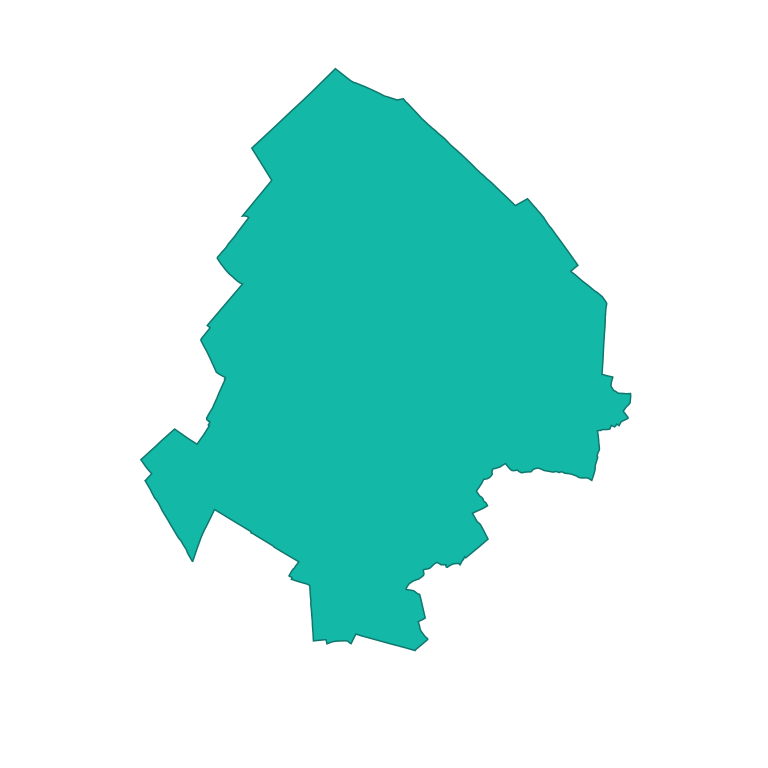 Dumbraveni, Vrancea, Romania (Mercator projection), rotated 209°
{"feature_id": "2599482B91925351810822", "entity_name": "Dumbraveni", "entity_type": "district", "adm_level": 2, "iso_a3": "ROU", "parent_name": "Romania", "parent_adm1": "Vrancea", "projection": "mercator", "projection_center": [27.087, 45.55], "detail": "fine", "context": "isolated", "style": "filled", "palette": "teal", "viewbox_px": 768, "rotation_deg": 209, "n_neighbors": 0, "source": "geoboundaries", "source_scale": "gbopen_adm2", "svg_char_len": 6159}
<svg xmlns="http://www.w3.org/2000/svg" viewBox="0 0 768 768"><g transform="rotate(209 384 384)"><path d="M614.0,526.2L612.6,525.4L597.5,517.0L580.9,507.7L589.3,462.2L587.7,463.3L584.7,464.3L583.0,463.8L583.3,461.6L585.3,448.3L586.1,441.1L587.0,436.4L587.9,432.1L588.1,430.5L588.2,428.1L588.5,425.8L589.7,421.0L590.1,419.2L590.2,417.9L590.9,415.2L591.0,414.3L590.8,413.1L584.6,409.9L581.6,408.7L579.7,407.8L576.2,406.4L572.5,405.2L568.4,404.4L565.6,403.7L561.8,402.9L559.2,402.6L556.2,402.9L567.0,349.5L563.4,348.9L563.6,347.3L565.2,338.1L565.6,335.7L565.7,334.1L565.2,333.3L560.1,329.9L555.2,326.8L553.4,325.6L546.7,320.8L536.3,313.0L534.9,313.0L534.4,312.7L525.8,312.7L525.7,310.6L525.1,310.6L524.9,307.4L524.7,304.8L524.3,299.7L523.8,294.6L523.5,292.1L523.3,291.2L523.1,287.7L522.4,280.2L522.4,278.8L522.5,276.7L522.6,274.7L522.7,271.5L522.6,270.1L522.6,269.3L522.7,268.8L522.5,268.1L522.2,267.5L521.8,266.9L519.7,266.8L519.7,266.4L517.7,266.3L517.8,262.9L516.4,262.8L516.8,258.4L516.9,255.6L517.1,251.6L517.2,251.1L517.3,250.5L517.9,245.2L518.3,240.7L529.0,241.4L545.3,243.1L551.5,225.4L553.3,219.5L556.0,211.6L558.6,203.8L560.0,200.0L552.1,196.1L548.8,194.7L545.3,193.5L543.7,192.9L545.4,186.1L545.8,184.2L546.1,183.7L536.2,177.8L534.9,176.7L529.0,172.9L527.8,172.6L526.4,172.0L522.8,170.0L519.1,167.5L516.6,165.7L507.1,160.3L502.7,157.6L490.3,150.4L488.3,149.4L486.0,148.6L480.5,145.4L477.3,143.7L475.7,142.6L474.5,141.4L471.6,139.5L465.7,136.0L465.3,136.2L468.0,151.0L468.2,152.8L469.5,160.4L470.1,166.1L470.3,169.6L470.4,173.8L471.0,185.8L471.3,190.7L471.5,191.9L469.5,192.0L460.6,191.7L457.6,191.5L428.8,190.4L428.1,189.3L426.2,189.6L425.7,189.6L423.1,189.4L402.4,188.6L401.8,188.5L401.4,188.2L401.1,188.1L394.0,187.8L379.3,187.4L372.8,187.2L372.5,187.2L372.3,186.9L372.5,186.0L372.6,184.5L372.9,183.2L373.1,180.8L373.1,179.8L373.8,177.7L374.0,176.0L374.1,170.1L373.6,170.0L370.6,170.2L370.4,169.8L370.3,168.3L363.0,169.7L353.9,171.8L352.4,171.8L351.2,171.6L350.7,170.9L345.2,162.3L342.3,158.1L341.9,157.1L340.9,155.3L338.4,151.8L337.5,150.6L335.8,147.8L331.8,141.9L329.6,138.2L325.1,131.4L321.2,125.1L311.1,132.1L310.7,132.2L307.9,129.1L304.9,132.8L302.5,134.9L300.5,136.3L297.8,138.0L292.3,141.2L291.1,141.5L288.2,140.9L286.9,140.9L287.1,144.8L287.4,151.6L282.6,152.6L270.1,155.6L252.7,159.8L237.3,163.7L227.6,165.9L227.6,166.4L227.1,168.2L224.7,174.2L221.9,181.7L222.0,182.0L222.8,182.5L223.5,182.7L225.0,182.8L228.5,184.3L231.5,185.7L232.4,186.2L233.7,187.3L235.3,189.2L238.0,192.0L238.9,192.7L238.7,193.1L236.7,195.7L235.7,197.2L234.5,199.3L245.9,212.0L249.2,215.6L250.0,216.3L250.8,217.3L252.2,216.9L254.0,217.0L256.1,217.4L257.4,217.5L258.4,217.4L261.7,216.3L264.9,215.0L265.4,215.4L265.5,218.1L265.3,221.1L263.8,224.3L262.2,226.9L261.0,228.2L259.1,230.2L258.4,231.6L257.0,234.7L256.8,235.6L256.7,236.3L257.0,237.3L258.5,239.1L259.4,240.2L259.4,240.8L256.8,243.0L255.5,244.0L254.6,245.2L254.2,246.3L253.9,247.4L253.3,249.2L252.7,251.1L251.2,253.7L248.6,253.6L247.5,253.8L246.6,253.5L244.5,254.6L242.4,256.0L241.8,255.0L240.8,254.1L239.7,254.4L239.2,255.7L238.0,257.8L236.1,260.4L231.9,263.2L229.8,262.7L229.9,268.1L229.4,268.8L229.8,272.1L228.2,271.6L227.3,273.9L221.7,288.2L217.8,298.8L227.0,305.0L231.7,307.9L234.0,308.5L235.7,308.7L244.0,313.9L236.9,323.4L234.4,327.7L235.7,328.6L236.8,329.2L237.6,329.7L239.1,329.7L240.2,330.1L241.1,330.8L241.5,331.4L242.5,331.9L243.6,332.3L246.1,332.5L250.1,334.5L251.2,335.2L250.4,344.1L250.6,348.9L248.0,350.9L246.3,353.4L245.9,355.1L245.6,356.6L245.6,357.7L246.7,359.1L247.0,359.6L247.7,362.4L245.3,364.5L243.6,366.3L242.4,367.5L241.6,369.2L239.3,373.3L236.2,372.1L233.1,370.8L230.5,370.3L228.6,371.0L225.6,373.3L223.5,372.9L221.1,372.9L219.8,373.6L218.6,374.8L216.7,376.1L212.8,378.5L212.1,381.6L210.9,383.1L208.7,385.1L204.9,385.9L202.9,385.8L201.4,386.2L193.4,388.9L191.6,390.5L190.4,391.1L187.8,391.5L186.4,393.2L184.5,393.6L182.9,393.5L178.1,395.5L175.6,396.2L173.3,396.5L171.0,396.9L169.5,396.7L167.2,397.0L165.2,397.8L162.1,399.7L159.5,400.8L158.5,400.5L155.5,400.4L157.0,408.2L158.2,412.4L158.7,413.0L159.3,414.1L159.8,415.5L161.2,422.0L161.5,423.4L161.8,423.8L162.5,423.7L162.7,424.0L162.9,425.0L163.4,427.0L163.5,427.9L163.6,429.2L163.6,429.7L163.8,431.1L164.5,432.3L165.8,434.3L167.7,436.8L169.4,439.5L172.4,443.7L174.6,446.4L174.7,446.5L173.9,447.2L171.6,448.7L171.7,449.1L170.8,450.1L167.9,451.7L166.7,452.4L166.2,452.8L165.0,453.7L164.7,454.1L164.6,454.4L165.0,457.0L165.1,458.0L161.6,458.2L161.0,460.0L161.2,461.7L158.2,461.6L158.3,464.8L158.2,465.9L157.3,467.5L155.7,469.7L154.4,471.4L154.0,472.7L154.2,473.0L156.0,473.8L158.9,475.1L160.2,475.6L161.1,476.0L161.5,476.2L161.5,477.2L160.9,481.9L160.4,483.2L160.0,484.5L159.9,485.7L159.6,486.8L162.4,493.1L163.5,494.8L163.8,495.2L166.8,493.2L169.8,491.9L174.7,489.5L178.1,489.9L180.0,489.7L183.7,491.7L184.7,492.6L186.1,496.1L186.1,496.4L186.9,499.4L186.9,500.2L187.3,501.0L190.7,500.0L193.8,499.1L196.7,498.5L198.0,498.1L204.1,511.1L207.3,517.6L210.6,524.3L216.8,537.4L217.7,539.5L218.2,540.6L220.8,545.8L223.2,550.3L223.7,551.7L225.4,555.1L226.4,557.4L227.2,559.6L227.7,561.0L228.0,562.1L228.8,562.8L229.9,563.5L235.1,566.1L241.7,567.4L244.3,567.5L247.8,568.1L253.3,569.2L259.6,570.1L264.7,571.1L269.4,572.2L275.0,573.0L275.3,573.4L274.9,574.3L274.6,574.9L273.8,577.2L271.9,581.8L283.3,587.3L297.2,593.9L306.8,598.3L313.6,601.5L315.6,602.1L318.1,603.3L319.8,604.2L323.3,606.0L324.7,606.9L329.7,608.9L334.7,610.6L335.8,611.2L339.6,612.4L345.4,614.6L348.3,615.6L355.6,603.8L357.3,604.0L358.8,604.6L365.2,606.3L370.4,607.7L376.1,609.1L386.0,611.8L389.3,612.6L393.7,613.4L394.5,613.6L398.3,614.7L401.9,615.3L404.3,616.0L407.6,616.8L412.8,618.4L419.2,620.1L426.9,622.1L433.4,623.6L440.0,625.0L443.2,625.8L447.2,627.2L449.1,627.7L451.0,628.2L455.7,629.1L458.4,629.6L461.8,630.5L464.6,631.0L465.9,631.2L471.8,632.5L472.8,632.8L479.8,634.5L485.0,636.3L492.7,638.7L499.8,641.0L501.4,641.2L505.3,642.9L510.2,638.8L518.5,637.2L523.2,636.1L528.1,636.0L533.3,635.7L543.9,634.9L555.3,633.5L556.2,633.1L560.3,633.1L579.4,636.2L588.7,604.7L592.2,593.4L597.0,578.9L605.8,551.2L614.0,526.2Z" fill="#14b8a6" stroke="#0f766e" stroke-width="1.5"/></g></svg>